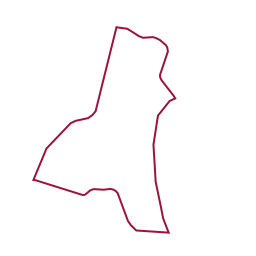 outline of Wandsworth, rotated 109°
{"feature_id": "GBR-2079", "entity_name": "Wandsworth", "entity_type": "London Borough", "adm_level": 1, "iso_a3": "GBR", "parent_name": "United Kingdom", "parent_adm1": "", "projection": "natural_earth1", "projection_center": [-0.179, 51.455], "detail": "fine", "context": "isolated", "style": "outline", "palette": "rose", "viewbox_px": 256, "rotation_deg": 109, "n_neighbors": 0, "source": "natural_earth", "source_scale": "10m", "svg_char_len": 690}
<svg xmlns="http://www.w3.org/2000/svg" viewBox="0 0 256 256"><g transform="rotate(109 128 128)"><path d="M207.9,200.5L173.9,198.4L142.2,183.8L138.3,179.9L131.6,168.9L127.4,165.9L122.6,164.1L36.5,171.7L34.4,160.9L37.6,147.5L37.8,143.2L34.0,134.1L33.8,131.1L34.4,126.5L37.4,119.0L39.2,117.0L42.7,115.2L67.5,115.0L69.6,114.1L72.0,111.7L82.9,95.0L84.7,93.0L88.8,97.4L106.5,103.7L135.5,98.5L147.8,93.4L169.9,84.3L190.9,71.8L202.2,65.2L213.7,55.5L222.2,86.8L219.0,93.6L215.9,97.8L192.8,116.7L191.5,119.4L191.1,121.1L191.1,123.0L191.3,124.8L194.3,131.0L197.0,140.7L199.3,143.4L204.7,146.7L205.5,147.5L206.1,149.1L207.5,198.4L207.9,200.5Z" fill="none" stroke="#9f1239" stroke-width="2"/></g></svg>